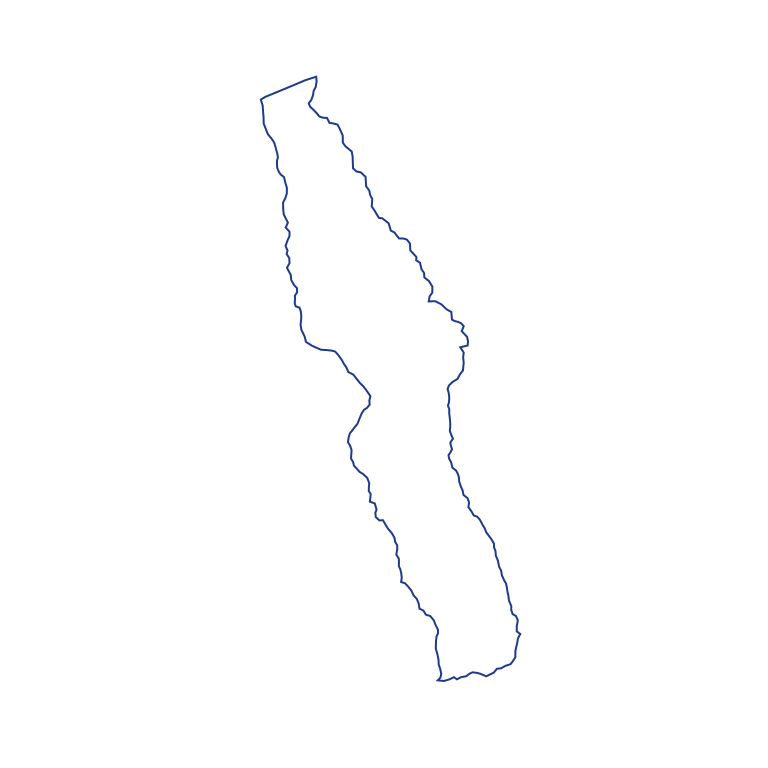 Lavínia, São Paulo, Brazil (Mercator projection), rotated 308°
{"feature_id": "56859067B69152415148491", "entity_name": "Lavínia", "entity_type": "district", "adm_level": 2, "iso_a3": "BRA", "parent_name": "Brazil", "parent_adm1": "São Paulo", "projection": "mercator", "projection_center": [-51.04, -21.147], "detail": "fine", "context": "isolated", "style": "outline", "palette": "blue", "viewbox_px": 768, "rotation_deg": 308, "n_neighbors": 0, "source": "geoboundaries", "source_scale": "gbopen_adm2", "svg_char_len": 3958}
<svg xmlns="http://www.w3.org/2000/svg" viewBox="0 0 768 768"><g transform="rotate(308 384 384)"><path d="M532.3,111.8L528.6,117.1L526.1,119.3L522.9,122.2L519.9,125.0L515.2,128.8L512.7,133.0L509.3,138.8L508.1,144.5L506.6,148.9L503.4,153.3L499.9,158.0L497.5,160.7L494.0,162.3L491.1,164.5L488.6,166.8L486.5,170.4L485.5,173.6L485.5,177.8L481.9,182.3L478.9,186.6L474.5,190.0L469.5,191.9L464.9,192.7L459.9,196.8L456.0,200.5L454.0,204.6L452.0,208.9L446.8,210.2L445.8,215.8L442.3,218.5L437.7,219.6L432.2,221.4L429.7,225.9L426.5,227.2L424.9,231.8L421.0,235.2L415.9,235.9L414.4,239.2L412.5,243.4L408.8,246.9L406.6,252.3L405.9,256.5L402.8,259.1L398.7,259.4L396.1,261.7L392.9,263.7L390.8,266.6L392.2,270.4L389.8,274.0L386.6,277.0L383.8,279.0L379.4,281.7L375.8,285.6L374.0,289.3L372.5,292.3L369.1,296.6L369.8,303.5L370.9,308.1L372.2,313.2L375.6,318.2L378.1,322.2L379.5,325.5L378.7,330.1L376.9,336.2L375.2,339.9L373.8,344.4L371.5,348.5L372.5,354.1L370.0,364.2L369.4,369.2L368.0,374.7L366.0,380.8L362.0,382.6L358.9,385.4L354.7,385.3L351.5,384.2L347.7,384.4L343.0,385.6L336.4,387.6L331.6,387.5L328.3,387.6L324.1,387.5L320.2,389.0L316.0,391.4L314.5,395.3L312.0,399.1L307.7,402.0L304.9,404.0L303.4,407.8L301.2,410.6L300.4,415.4L299.7,418.7L300.2,422.9L299.7,428.6L296.7,433.5L293.1,435.8L290.3,437.9L289.1,441.2L285.9,443.3L282.6,445.3L284.2,450.3L280.4,455.5L277.3,456.4L274.0,459.5L273.7,464.4L276.0,467.0L274.5,470.9L272.5,476.0L271.3,481.9L269.2,487.1L266.5,489.8L265.1,493.6L262.4,495.9L257.2,498.7L255.5,503.2L253.0,505.3L249.6,507.9L247.8,511.3L245.4,514.2L242.2,517.3L238.5,519.4L239.9,523.3L239.2,527.9L238.0,532.8L235.6,537.5L234.8,542.3L232.2,546.7L228.8,550.3L229.7,554.6L228.0,558.9L229.6,563.3L228.4,568.9L226.1,572.5L223.7,577.7L220.7,580.1L217.5,580.8L213.7,583.1L210.5,585.4L207.3,587.8L204.1,592.3L200.0,597.0L196.7,599.7L194.0,603.8L190.8,607.6L187.4,609.2L183.6,608.8L186.8,614.0L191.5,617.4L196.0,619.6L196.2,623.3L200.6,625.3L204.3,628.7L208.1,629.6L211.3,631.3L213.5,634.9L214.9,638.1L216.6,644.5L224.1,648.2L229.1,648.3L232.0,651.3L236.5,653.1L241.1,656.2L244.4,656.2L249.6,655.7L254.5,651.9L258.5,650.0L262.4,648.2L265.9,646.2L270.9,645.3L270.8,640.9L274.8,637.8L280.2,634.9L282.4,630.8L281.9,627.1L284.3,623.3L287.3,621.1L290.3,615.8L294.0,612.1L296.3,609.2L299.7,605.7L301.9,603.0L303.3,599.5L305.8,594.7L309.0,591.2L311.0,587.0L314.8,582.7L317.6,577.8L321.1,574.6L322.9,571.4L325.9,569.0L327.8,564.2L329.0,559.8L330.1,555.9L332.3,552.2L333.5,548.8L335.0,545.6L336.2,542.7L336.8,539.1L335.7,535.6L337.3,531.7L339.0,526.3L343.0,524.0L345.5,520.1L345.5,515.0L348.5,511.5L350.8,507.2L353.7,503.0L356.7,500.4L358.7,497.4L360.1,494.2L360.3,489.3L363.7,485.0L365.3,481.2L367.7,478.6L371.0,478.5L374.5,477.7L376.6,474.7L378.7,472.3L383.4,472.0L385.3,468.4L387.6,464.7L391.3,462.4L393.8,460.4L396.5,457.9L398.8,455.7L401.2,453.3L404.3,451.0L406.3,447.7L409.6,446.5L413.2,444.0L416.7,440.6L419.2,437.2L422.9,436.1L428.0,436.8L433.2,438.8L438.4,437.9L443.2,437.9L449.7,433.8L453.7,430.0L457.9,427.4L459.9,421.5L465.8,426.2L469.3,424.0L472.3,420.4L473.5,412.7L478.7,411.2L479.3,407.8L478.7,404.5L477.2,401.2L476.6,397.9L482.2,392.7L481.4,387.4L482.1,380.1L480.8,373.4L476.6,368.4L481.2,366.0L485.7,365.8L490.5,362.2L492.8,356.1L492.8,350.2L496.2,347.2L497.5,342.9L501.7,337.7L501.3,333.2L504.0,331.4L504.7,327.3L505.5,322.4L510.7,317.9L511.9,313.0L510.5,309.6L508.0,306.3L508.7,303.1L509.8,298.9L509.1,294.9L513.5,288.7L513.5,280.6L511.8,277.9L512.9,274.7L514.7,270.2L516.3,265.1L522.6,260.8L524.5,256.6L527.3,253.4L528.8,248.2L535.9,241.9L536.5,235.4L534.5,231.4L534.9,226.8L540.0,222.5L543.8,219.4L547.3,215.4L547.6,207.3L548.8,203.0L554.4,198.5L558.1,191.5L559.8,187.7L558.4,184.2L556.2,180.2L558.6,175.3L556.1,171.7L555.0,168.2L555.9,164.7L556.7,159.4L556.9,155.3L558.8,151.9L563.2,151.8L567.8,150.3L571.7,148.1L576.0,147.3L581.1,144.5L584.4,141.4L574.7,134.8L561.7,127.6L537.2,113.7L532.3,111.8Z" fill="none" stroke="#1e3a8a" stroke-width="2"/></g></svg>